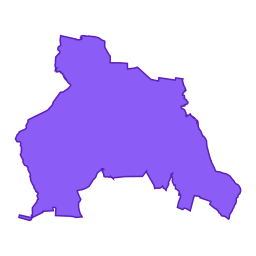 the district of Villa de Allende, México, Mexico
{"feature_id": "50627088B59559873877291", "entity_name": "Villa de Allende", "entity_type": "district", "adm_level": 2, "iso_a3": "MEX", "parent_name": "Mexico", "parent_adm1": "México", "projection": "mercator", "projection_center": [-100.123, 19.395], "detail": "fine", "context": "isolated", "style": "filled", "palette": "violet", "viewbox_px": 256, "rotation_deg": 0, "n_neighbors": 0, "source": "geoboundaries", "source_scale": "gbopen_adm2", "svg_char_len": 5707}
<svg xmlns="http://www.w3.org/2000/svg" viewBox="0 0 256 256"><path d="M235.5,204.0L235.5,203.7L236.2,202.0L236.3,200.4L236.1,199.4L236.5,198.2L236.9,197.7L237.7,197.3L238.0,196.7L238.0,195.8L238.3,195.0L238.6,194.6L239.7,193.8L240.5,191.7L240.6,189.5L240.1,187.9L239.2,186.2L238.2,185.0L237.7,184.5L236.2,184.0L235.1,183.0L233.7,180.6L232.1,178.9L230.1,176.2L229.3,175.7L227.8,174.6L226.1,173.9L224.7,173.5L223.5,173.3L219.7,171.9L217.2,171.7L215.5,171.0L214.3,167.8L213.0,165.3L211.1,161.3L211.1,160.3L210.5,159.8L210.3,158.6L209.6,156.6L206.9,146.1L206.5,140.8L205.0,137.9L203.4,136.1L202.8,136.1L200.8,131.1L199.0,128.8L198.9,128.2L198.4,127.0L198.1,125.3L198.3,124.3L197.7,123.8L197.8,123.6L197.4,123.3L197.6,122.7L197.3,122.8L197.4,122.5L197.0,122.5L197.1,122.1L197.9,122.0L197.6,121.6L197.4,120.6L196.7,120.8L196.2,120.5L196.3,120.1L195.9,119.6L195.8,119.3L195.2,118.7L194.4,118.3L194.3,117.7L193.7,117.4L193.5,117.8L193.0,117.1L192.9,116.8L192.5,116.9L192.4,116.8L192.4,116.5L192.0,116.3L190.7,115.4L190.8,115.0L190.6,114.3L190.3,113.9L189.7,114.4L187.6,115.7L186.4,116.6L185.6,116.3L185.9,116.3L186.6,114.5L186.0,114.3L185.8,112.4L184.9,111.1L184.7,110.1L184.3,109.6L181.5,108.2L181.2,107.9L181.5,106.9L181.2,106.5L181.3,106.2L183.3,106.1L183.6,105.5L184.6,105.0L184.6,105.4L184.1,105.9L184.2,106.0L184.5,106.0L185.2,105.1L186.2,104.2L187.2,104.0L187.7,103.7L187.9,102.4L187.7,101.6L187.1,101.4L186.9,100.9L186.5,100.5L186.4,99.9L186.2,99.7L184.3,98.7L184.5,98.3L184.5,97.8L184.2,97.6L184.5,97.0L184.4,95.6L183.2,95.2L182.6,95.3L182.4,95.1L182.8,94.0L182.7,93.4L183.6,92.8L183.9,92.0L184.8,91.3L184.8,90.9L184.6,90.7L184.7,90.3L185.1,90.3L185.6,90.7L185.9,90.4L185.2,88.4L184.5,86.6L184.1,85.9L183.4,85.3L183.3,84.9L183.5,84.2L183.1,82.5L182.3,81.6L182.5,81.2L182.6,80.7L182.4,80.5L182.9,78.9L175.8,77.9L175.1,80.1L158.9,77.7L158.4,81.0L150.9,79.4L137.4,67.2L134.1,68.2L127.5,68.9L127.4,63.4L120.7,62.9L110.2,62.8L110.2,56.1L109.1,54.9L104.7,47.1L104.8,41.2L101.4,39.8L101.1,39.4L99.1,38.0L98.4,37.7L96.6,37.2L96.2,37.2L94.4,36.6L93.7,36.8L92.3,36.4L90.4,36.4L89.2,36.0L87.6,36.3L83.5,35.6L81.9,35.9L81.4,35.9L80.5,37.7L80.9,38.1L81.0,37.7L81.8,38.0L82.1,38.2L82.1,38.6L81.5,39.3L79.6,39.6L79.5,39.9L78.3,39.7L76.5,39.7L76.4,39.2L60.7,35.7L60.2,39.4L60.1,40.8L60.8,45.3L58.4,46.9L57.9,48.0L57.9,49.6L58.2,50.1L59.4,51.0L59.9,52.0L59.6,52.9L58.6,53.7L57.4,55.2L55.9,56.8L55.4,61.2L55.5,62.4L55.0,65.5L55.4,67.1L55.6,67.2L55.6,68.5L56.5,68.3L56.3,68.5L55.9,68.6L55.5,69.7L56.5,68.9L56.1,69.6L55.9,70.7L56.2,70.9L55.9,71.1L56.2,71.8L57.6,71.9L58.2,71.7L58.3,71.5L59.4,71.3L60.2,71.6L60.2,71.8L60.7,72.1L60.5,72.4L61.0,72.8L61.1,72.7L62.1,73.6L62.3,73.8L62.6,73.7L62.6,74.0L63.5,75.6L63.9,75.7L64.1,76.1L63.6,76.4L64.8,78.5L65.6,78.5L65.4,78.6L65.5,79.6L65.9,79.8L65.7,79.4L65.8,78.8L68.0,82.6L70.6,84.7L70.6,85.6L69.5,87.1L68.4,88.2L66.2,90.0L65.4,90.3L63.9,91.5L63.1,92.0L61.0,92.1L59.7,92.9L59.3,93.8L53.2,102.2L52.8,103.8L52.1,105.3L47.4,110.4L28.4,119.7L27.9,120.5L28.1,121.3L28.0,121.8L26.0,125.6L26.2,126.7L26.5,126.9L26.2,127.9L24.9,129.4L22.7,130.2L19.2,131.9L18.7,133.3L17.1,134.9L15.4,138.9L17.2,141.8L18.6,141.7L19.6,141.7L20.2,142.1L20.7,142.7L20.8,143.5L20.4,145.5L21.5,147.3L21.4,148.5L21.2,148.9L21.6,149.9L21.4,150.6L21.5,151.1L21.2,151.4L21.4,152.0L21.4,152.4L20.7,153.6L20.4,154.3L20.6,155.5L21.2,156.3L21.4,157.1L21.8,157.6L22.3,158.9L23.1,159.7L22.9,161.6L23.3,162.7L24.6,165.2L26.8,166.0L27.2,166.8L27.6,167.0L28.1,168.0L28.0,169.6L29.5,172.7L30.3,174.0L30.4,175.3L29.8,176.2L30.2,176.7L30.9,180.6L32.8,184.9L33.6,185.3L33.6,186.0L34.0,186.9L33.9,187.5L34.3,188.4L34.7,189.0L35.2,189.5L36.0,190.7L35.9,191.4L36.2,191.5L36.5,192.0L36.8,191.8L38.1,192.7L37.6,194.7L37.0,195.7L37.1,196.2L38.0,198.1L38.3,199.2L37.4,199.6L36.7,202.0L32.4,207.7L32.3,210.1L32.5,210.0L32.6,210.5L32.4,213.1L32.6,213.7L32.2,214.7L32.3,214.9L32.0,215.1L32.2,215.8L31.5,215.5L31.6,216.1L31.3,217.6L19.5,215.0L18.9,217.4L29.6,220.4L30.0,219.9L30.8,219.9L31.2,219.6L31.7,218.6L31.9,217.7L42.8,212.4L42.9,211.7L42.7,211.3L53.4,210.7L52.6,207.8L53.3,207.2L55.2,207.6L55.9,208.2L55.5,215.6L69.8,216.2L73.5,216.6L74.4,217.0L75.6,217.4L82.1,216.9L81.4,215.5L81.4,215.3L80.4,214.3L79.0,209.5L78.6,207.2L78.6,202.7L79.8,201.4L80.8,199.2L80.2,198.4L77.5,192.2L77.2,190.6L80.2,189.9L81.7,189.8L86.4,188.0L89.2,186.2L93.0,180.1L95.6,177.4L97.3,172.9L101.2,169.9L101.6,168.8L102.4,168.6L103.0,168.6L103.8,169.3L102.2,169.9L102.0,170.3L102.6,171.3L102.4,171.5L103.4,173.2L104.1,176.5L105.5,177.0L107.8,176.6L109.0,177.3L110.3,177.0L110.8,177.2L110.8,176.5L113.2,178.7L113.0,177.9L124.5,176.6L142.4,176.4L146.5,171.1L146.7,172.6L154.1,185.4L154.7,188.5L156.5,188.1L159.5,188.2L160.6,187.9L162.6,186.1L163.0,186.8L163.3,188.2L165.2,189.0L165.6,189.8L166.1,190.3L166.6,188.3L168.2,185.5L168.5,184.5L168.5,184.2L168.8,183.9L168.3,182.7L169.7,180.0L170.9,176.9L171.1,175.6L171.1,174.2L172.4,173.4L171.6,175.6L171.9,177.1L172.6,178.7L172.7,179.8L172.3,180.1L172.5,181.8L174.0,185.3L175.2,185.2L175.5,188.8L176.7,189.3L179.0,191.1L179.3,193.6L178.8,193.9L178.9,195.2L179.6,195.1L179.6,194.6L179.8,194.6L179.9,194.3L180.5,194.7L180.6,196.0L180.5,196.9L178.6,202.1L177.4,207.4L182.8,209.6L184.2,208.2L187.1,208.8L187.5,209.5L189.4,210.3L190.2,210.9L194.1,196.0L194.6,195.9L194.8,195.5L196.1,195.9L196.3,196.1L197.7,195.9L198.7,196.5L199.4,196.4L200.2,197.2L200.1,197.8L210.8,201.4L209.8,204.4L214.4,208.1L215.6,208.9L216.2,209.0L218.3,211.3L219.0,212.8L220.5,213.8L221.1,215.2L221.5,215.3L221.9,215.9L222.6,216.1L224.0,216.1L225.0,216.5L227.0,217.8L227.4,218.3L228.4,219.1L229.0,218.7L229.4,217.0L229.6,214.9L232.0,211.0L233.0,208.5L233.6,207.9L234.5,205.1L235.5,204.0Z" fill="#8b5cf6" stroke="#5b21b6" stroke-width="1.5"/></svg>